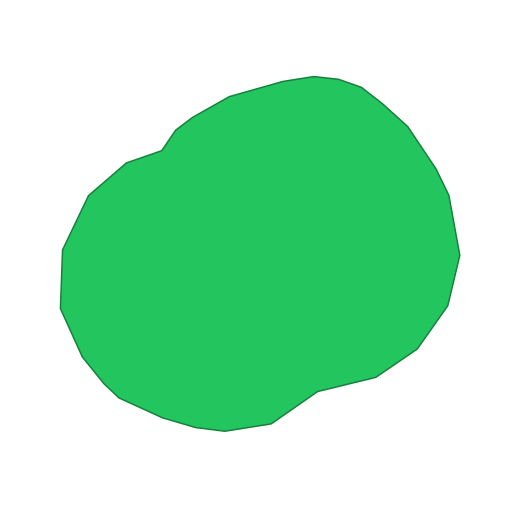 Baraka, Sud-Kivu, Democratic Republic of the Congo (Natural Earth projection), rotated 351°
{"feature_id": "63176286B52252759567832", "entity_name": "Baraka", "entity_type": "district", "adm_level": 2, "iso_a3": "COD", "parent_name": "Democratic Republic of the Congo", "parent_adm1": "Sud-Kivu", "projection": "natural_earth1", "projection_center": [29.091, -4.09], "detail": "fine", "context": "isolated", "style": "filled", "palette": "green", "viewbox_px": 512, "rotation_deg": 351, "n_neighbors": 0, "source": "geoboundaries", "source_scale": "gbopen_adm2", "svg_char_len": 510}
<svg xmlns="http://www.w3.org/2000/svg" viewBox="0 0 512 512"><g transform="rotate(351 256 256)"><path d="M179.4,137.2L142.5,143.8L100.0,170.2L65.9,219.7L54.6,277.4L68.7,328.6L85.8,358.3L98.5,374.8L138.3,401.2L169.5,416.0L197.8,424.2L244.7,424.2L295.7,399.5L355.3,394.6L400.7,373.1L437.6,335.2L457.4,287.3L456.0,226.3L447.5,198.3L426.2,152.1L405.0,125.7L386.5,105.9L365.2,94.4L341.1,87.8L309.9,87.8L254.6,94.4L214.9,109.2L196.4,119.1L179.4,137.2Z" fill="#22c55e" stroke="#15803d" stroke-width="1.5"/></g></svg>